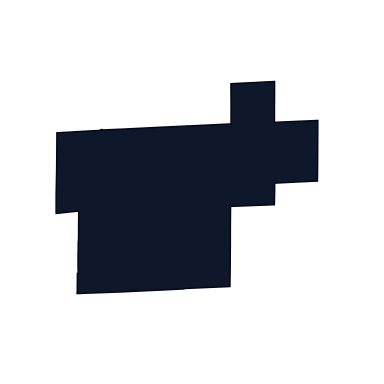 outline of Stefan Cel Mare, Olt, Romania, rotated 340°
{"feature_id": "2599482B22741879440662", "entity_name": "Stefan Cel Mare", "entity_type": "district", "adm_level": 2, "iso_a3": "ROU", "parent_name": "Romania", "parent_adm1": "Olt", "projection": "natural_earth1", "projection_center": [24.217, 43.82], "detail": "fine", "context": "isolated", "style": "filled", "palette": "ink", "viewbox_px": 384, "rotation_deg": 340, "n_neighbors": 0, "source": "geoboundaries", "source_scale": "gbopen_adm2", "svg_char_len": 1676}
<svg xmlns="http://www.w3.org/2000/svg" viewBox="0 0 384 384"><g transform="rotate(340 192 192)"><path d="M313.6,224.6L315.7,219.1L319.6,208.7L334.7,167.8L322.3,163.9L309.7,159.9L293.4,154.8L293.7,153.7L297.6,142.9L300.7,134.6L301.3,133.0L305.9,120.5L307.4,116.4L301.4,114.6L266.7,103.9L265.6,103.6L261.2,115.9L258.9,122.4L252.1,141.0L252.0,141.4L210.5,128.5L210.3,128.3L209.9,128.1L209.6,128.2L182.7,119.8L149.3,109.5L136.7,105.5L129.4,103.2L129.1,103.1L129.2,102.8L129.0,102.5L128.5,102.4L127.0,102.4L126.6,102.4L126.4,102.6L118.9,100.3L112.3,98.3L107.9,97.0L106.9,96.7L104.7,96.0L99.2,94.4L86.0,90.4L85.3,90.2L77.9,110.1L72.4,124.8L63.7,147.3L60.5,156.0L59.1,159.9L58.3,162.0L57.0,165.7L68.9,168.6L75.9,170.4L79.1,171.2L77.9,174.3L73.6,185.7L71.7,191.0L69.8,196.2L67.5,201.3L67.3,202.0L67.0,202.7L66.8,203.3L66.5,204.0L66.3,204.6L66.0,205.4L65.9,205.7L65.4,206.9L65.2,207.6L64.9,208.3L64.6,209.1L64.3,209.8L64.0,210.5L63.9,210.9L63.7,211.3L63.5,212.0L63.2,212.7L62.9,213.6L62.5,214.5L62.3,215.0L62.1,215.6L62.0,216.0L61.9,216.4L61.8,216.6L61.6,217.2L61.1,218.4L60.9,219.0L60.7,219.5L60.5,220.1L60.3,220.6L60.1,221.2L59.9,221.7L59.8,222.0L59.5,222.8L59.1,223.9L58.6,225.5L58.1,227.0L57.6,228.4L57.2,229.5L56.5,229.3L55.9,230.8L54.2,235.5L51.8,241.7L50.7,244.8L49.3,248.1L50.0,248.4L59.9,251.5L69.2,254.6L69.5,254.4L70.1,254.4L70.4,254.7L70.6,255.0L71.2,255.2L90.7,261.5L111.3,267.9L132.1,274.4L136.7,275.8L148.4,279.4L151.7,280.4L152.5,280.3L173.8,287.0L195.3,293.8L203.0,273.5L208.0,260.0L209.4,256.3L216.3,237.4L223.3,218.7L265.0,232.1L265.3,231.5L268.7,222.7L271.5,215.3L272.6,211.9L293.1,218.2L313.6,224.6Z" fill="#0f172a" stroke="#020617" stroke-width="1.5"/></g></svg>